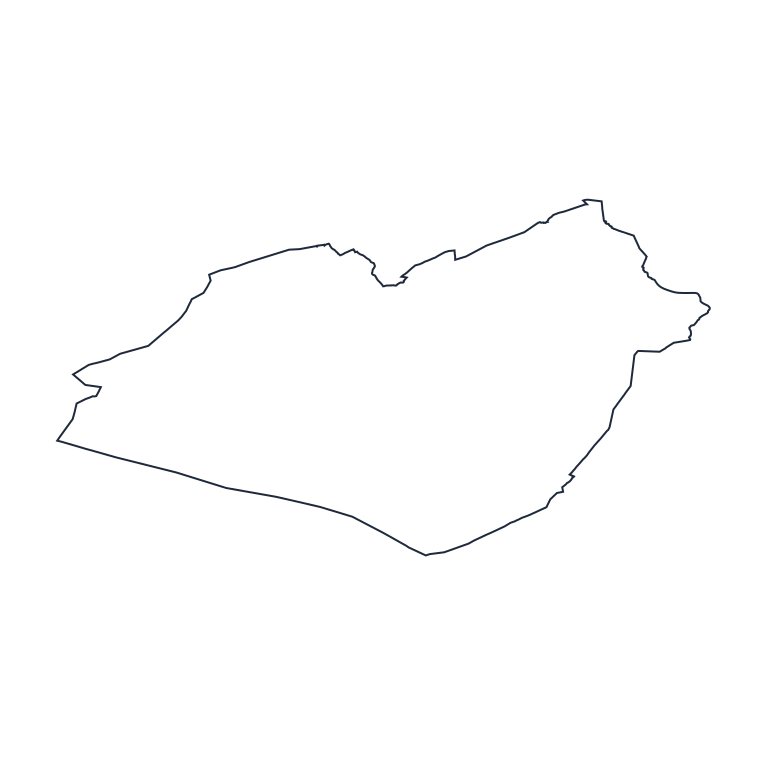 Nes nor, Buskerud, Norway (Natural Earth projection), rotated 357°
{"feature_id": "86288312B23608976115217", "entity_name": "Nes nor", "entity_type": "district", "adm_level": 2, "iso_a3": "NOR", "parent_name": "Norway", "parent_adm1": "Buskerud", "projection": "natural_earth1", "projection_center": [9.142, 60.547], "detail": "fine", "context": "isolated", "style": "outline", "palette": "slate", "viewbox_px": 768, "rotation_deg": 357, "n_neighbors": 0, "source": "geoboundaries", "source_scale": "gbopen_adm2", "svg_char_len": 6069}
<svg xmlns="http://www.w3.org/2000/svg" viewBox="0 0 768 768"><g transform="rotate(357 384 384)"><path d="M691.9,356.1L692.1,355.7L692.2,355.3L691.7,354.7L691.6,354.1L691.1,353.6L691.3,353.1L691.8,352.4L692.7,351.9L693.1,350.9L693.2,349.9L693.1,349.3L693.2,348.8L693.1,347.3L692.7,346.3L692.1,345.4L692.1,344.7L691.8,344.1L691.9,343.7L692.7,343.0L693.6,342.0L693.9,341.8L695.7,341.5L696.4,341.3L696.8,341.2L698.0,339.9L699.1,338.8L700.1,337.5L700.7,336.7L701.6,336.3L702.0,336.0L702.3,335.5L702.4,334.6L703.8,333.7L704.6,333.0L705.1,332.8L706.4,332.1L708.1,331.4L709.7,330.5L710.3,330.4L710.7,330.0L711.1,329.5L711.4,329.2L711.4,328.2L712.5,326.9L712.9,326.7L713.1,326.3L713.3,325.5L713.3,324.9L712.6,323.9L711.6,322.8L710.0,321.9L707.9,320.8L705.4,319.1L704.9,318.4L704.4,317.7L704.5,317.0L704.3,314.2L703.2,312.1L702.9,311.2L702.2,310.4L701.2,309.8L699.8,309.4L698.5,309.3L687.9,308.8L682.3,308.3L679.1,307.6L676.3,306.7L672.9,305.4L668.7,303.6L666.1,302.1L664.0,300.5L662.2,298.5L660.5,295.8L660.1,294.8L659.8,294.5L659.4,294.1L658.6,293.7L657.2,293.3L656.9,293.1L657.0,292.8L656.6,292.3L656.1,292.0L654.5,291.4L653.8,290.9L653.6,290.6L653.3,290.1L653.0,287.8L653.0,287.1L652.9,286.9L652.7,286.7L652.1,286.3L650.7,285.8L650.2,285.6L650.0,285.4L649.8,285.0L649.7,284.4L649.6,284.2L649.0,283.9L648.9,283.4L648.8,282.9L648.9,282.6L649.1,282.4L649.1,282.2L649.3,281.8L649.4,281.4L649.2,281.2L648.3,280.9L648.0,280.6L648.1,280.2L648.2,279.8L648.4,279.5L648.7,279.3L648.9,279.1L651.7,273.3L652.1,272.8L652.2,272.2L652.5,271.8L652.6,270.8L652.9,270.5L652.8,270.4L652.5,269.8L649.1,265.5L646.2,262.0L645.4,259.7L641.1,248.9L626.3,243.1L622.6,241.4L621.7,241.2L620.7,240.4L619.7,240.0L619.6,239.8L619.5,239.5L619.6,238.8L619.5,238.6L619.3,238.5L618.6,238.5L618.0,238.1L617.9,237.8L617.1,237.1L617.0,236.4L616.6,235.9L614.8,235.7L614.1,235.1L613.7,235.0L613.6,234.5L613.5,234.3L613.8,234.2L614.0,233.9L614.3,233.9L614.4,233.7L614.3,233.4L613.6,233.0L613.1,233.2L612.6,233.0L612.6,232.8L612.5,232.7L612.4,232.5L612.2,232.3L612.1,232.0L611.9,229.2L611.8,227.7L611.7,227.1L611.6,225.1L611.5,224.5L611.4,223.4L611.1,219.9L611.2,219.0L611.1,217.9L610.9,213.0L597.7,210.7L596.1,210.6L594.0,210.8L592.5,211.2L596.1,215.2L594.9,215.2L593.7,215.4L573.0,221.2L567.7,222.2L561.8,224.1L561.5,224.5L560.9,225.0L560.5,225.3L560.2,225.8L558.3,226.8L557.0,227.9L556.6,228.5L556.5,229.2L556.0,229.5L555.5,230.4L555.7,230.7L555.0,230.7L554.8,230.9L554.3,231.1L554.2,231.3L553.8,231.5L553.5,231.3L553.1,231.5L552.8,231.4L552.0,231.5L551.9,231.1L551.5,231.0L549.9,231.2L549.3,231.2L548.6,230.9L548.5,230.6L548.2,230.5L546.3,231.1L546.0,231.3L545.9,231.5L545.6,231.5L532.2,239.7L518.3,244.0L493.7,251.1L472.7,260.9L461.6,263.7L461.7,260.5L461.5,258.0L461.4,254.3L455.7,254.6L451.8,255.5L448.7,256.9L444.0,259.2L441.9,260.4L439.3,261.2L435.9,262.5L433.3,263.4L431.6,263.8L428.4,265.3L425.7,266.3L421.4,267.2L417.6,270.0L412.4,274.2L411.5,274.7L411.0,275.1L410.6,275.5L409.6,275.9L408.0,276.9L407.0,277.8L410.9,278.5L412.3,278.9L412.2,279.0L411.4,279.7L409.5,281.7L409.1,281.9L409.1,282.2L409.2,282.9L409.1,283.1L408.7,283.6L408.4,283.7L407.2,283.7L406.8,283.6L406.4,283.6L406.2,283.5L405.5,283.7L405.1,283.9L404.6,284.0L404.2,284.2L403.9,284.5L403.4,284.8L402.7,285.0L402.4,285.5L401.8,285.8L401.6,286.2L401.4,286.2L400.1,286.3L399.6,286.2L398.9,285.9L398.2,285.9L397.4,285.9L396.8,285.9L396.3,286.0L396.1,285.9L394.1,285.9L391.9,285.8L390.7,286.0L390.3,286.0L389.7,286.3L388.2,286.4L387.6,285.2L386.5,283.7L384.9,281.8L383.9,280.8L382.7,279.2L382.5,278.7L382.1,278.3L381.8,277.2L381.1,276.2L381.0,275.9L381.0,275.6L380.8,275.4L380.5,275.1L378.7,274.3L378.3,274.0L377.9,273.4L377.8,272.9L377.8,272.5L378.2,271.7L378.8,269.1L378.9,268.9L379.8,268.1L380.1,267.4L380.9,266.4L381.1,265.7L380.8,265.0L380.7,264.2L380.6,263.9L380.0,262.7L378.6,262.2L377.2,261.4L376.9,260.9L376.7,260.3L376.5,259.9L375.8,259.2L373.1,257.3L371.3,255.6L369.6,254.3L368.9,254.0L367.1,253.3L366.4,252.8L364.7,251.5L364.1,250.5L362.1,250.9L361.6,249.6L361.3,249.3L361.1,248.7L360.5,248.8L360.0,248.6L360.4,248.7L360.9,248.5L360.9,248.3L360.5,247.9L357.6,248.9L354.2,250.3L352.1,251.0L349.9,252.2L347.0,253.2L345.4,251.7L344.8,251.4L344.7,251.2L344.7,250.8L344.6,250.6L343.3,249.5L342.1,248.0L340.8,247.0L340.4,246.9L340.1,246.5L339.3,246.0L339.0,245.8L338.4,244.9L338.2,244.4L337.6,243.7L337.2,242.6L336.7,241.7L336.6,241.4L336.2,241.0L333.5,241.6L331.8,242.7L331.6,241.8L330.0,242.0L324.5,242.4L324.5,243.2L324.4,243.3L324.1,243.2L323.7,242.9L323.6,242.7L306.8,244.9L296.2,244.9L255.9,255.1L241.0,259.6L240.6,259.6L238.6,260.0L226.8,261.9L215.1,265.7L216.3,271.7L212.4,278.1L208.5,283.6L196.4,289.3L195.0,292.1L194.4,293.0L192.4,296.6L190.1,300.9L189.1,301.9L185.6,306.1L181.9,309.7L175.7,314.4L170.0,318.8L167.0,321.0L150.6,333.6L122.1,340.0L111.3,345.1L99.2,347.7L93.5,348.7L90.1,349.5L84.9,352.3L74.0,358.2L85.7,369.3L101.1,372.3L98.8,376.4L96.1,380.9L95.8,381.1L95.2,381.1L94.8,381.2L94.2,381.2L93.7,381.2L92.5,381.0L89.5,382.1L85.2,383.4L76.0,387.4L73.5,396.1L71.3,402.7L57.2,420.2L54.7,423.5L58.4,424.6L75.3,430.5L82.9,433.2L88.7,435.1L112.4,443.2L172.0,461.5L221.0,479.6L270.3,491.0L279.5,493.6L313.6,503.4L345.5,514.9L376.4,533.2L397.9,546.8L400.1,548.5L416.8,557.4L420.7,556.3L435.3,555.2L460.2,547.8L465.4,545.2L477.8,540.1L480.6,539.1L497.0,532.5L501.3,530.2L502.9,529.3L507.7,527.9L508.6,527.4L511.8,526.2L514.6,524.9L520.5,523.1L522.2,522.5L539.8,515.5L544.0,507.9L550.4,502.4L551.0,501.9L557.2,501.0L556.6,496.4L560.2,493.9L561.0,493.1L561.6,492.4L562.7,492.0L563.9,491.3L565.1,490.3L567.6,487.3L568.3,486.8L567.9,486.6L568.6,486.1L564.7,484.2L567.2,481.9L568.4,480.5L570.1,478.9L572.0,476.6L573.6,475.1L577.6,471.0L579.3,469.2L580.0,468.8L582.8,466.0L585.2,462.9L591.0,456.3L597.6,449.7L604.1,442.6L605.5,441.6L607.0,438.9L611.8,421.4L615.3,417.2L615.8,416.5L622.3,408.6L623.4,407.3L625.0,405.2L630.2,398.9L635.6,368.3L638.9,364.7L639.3,364.4L639.9,364.3L660.9,366.2L667.1,363.0L668.0,362.1L669.3,361.5L670.4,360.8L675.5,358.0L688.4,356.6L691.9,356.1Z" fill="none" stroke="#1e293b" stroke-width="2"/></g></svg>